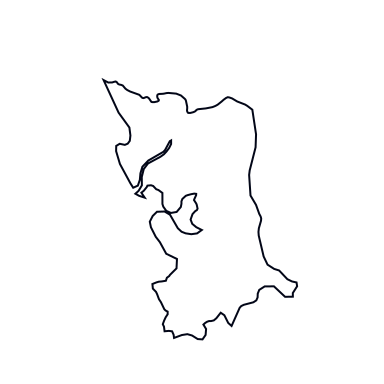 an SVG outline of Bouches-du-Rhône, rotated 60°
{"feature_id": "FRA-5274", "entity_name": "Bouches-du-Rhône", "entity_type": "Metropolitan department", "adm_level": 1, "iso_a3": "FRA", "parent_name": "France", "parent_adm1": "", "projection": "orthographic", "projection_center": [4.982, 43.547], "detail": "fine", "context": "isolated", "style": "outline", "palette": "ink", "viewbox_px": 384, "rotation_deg": 60, "n_neighbors": 0, "source": "natural_earth", "source_scale": "10m", "svg_char_len": 3105}
<svg xmlns="http://www.w3.org/2000/svg" viewBox="0 0 384 384"><g transform="rotate(60 192 192)"><path d="M309.4,280.5L306.4,279.3L302.7,278.9L300.7,281.5L298.9,285.4L294.6,283.6L291.9,283.4L289.4,280.4L287.3,277.4L285.7,274.2L283.4,272.9L281.5,274.1L279.7,274.6L271.9,274.0L268.3,274.2L263.0,273.3L260.5,273.1L256.1,274.2L251.9,272.3L252.5,268.0L253.1,265.5L254.3,263.0L255.8,259.0L253.7,256.6L253.4,253.8L252.7,252.4L250.4,243.6L242.5,238.5L232.6,245.2L219.4,244.9L212.7,245.8L202.0,245.2L196.6,243.4L193.1,238.0L191.6,232.2L195.2,225.5L200.7,222.4L216.3,222.4L221.2,220.9L224.6,218.2L228.2,213.7L230.4,208.3L229.8,202.5L224.6,205.9L219.7,207.7L215.2,207.0L211.4,202.6L210.2,198.8L210.1,196.8L209.2,195.5L205.5,194.3L204.2,194.1L200.0,194.3L199.3,193.5L196.8,190.0L195.7,189.3L194.5,190.9L193.4,194.1L192.5,197.5L192.2,199.3L193.2,203.8L194.8,205.8L196.9,207.0L199.4,209.2L201.6,215.3L199.6,220.7L195.5,223.7L190.3,224.2L187.6,223.6L178.0,218.1L173.5,220.1L171.7,221.6L167.4,222.6L165.7,224.1L164.2,227.4L165.1,228.7L166.8,233.1L167.3,236.2L173.2,235.8L168.9,239.7L165.2,241.9L164.3,237.7L161.2,232.1L153.9,228.0L148.0,222.3L145.3,215.9L145.7,201.7L145.3,197.5L144.2,193.9L142.4,189.7L140.0,186.1L136.9,184.3L136.9,185.8L142.1,194.2L142.9,196.7L142.9,214.1L145.3,222.3L150.0,227.3L155.4,231.1L159.4,235.7L158.9,240.8L153.8,241.0L131.7,240.4L118.7,237.3L114.2,234.6L114.1,230.5L117.6,226.6L118.0,223.5L116.6,220.3L112.3,217.1L104.9,214.0L86.6,215.9L50.9,212.6L55.3,209.8L57.2,206.4L57.7,204.1L58.1,203.0L58.1,202.9L58.3,202.7L58.7,202.6L59.6,202.1L61.1,202.1L62.5,201.3L63.8,199.8L65.2,198.7L69.2,198.0L71.3,197.1L74.1,195.3L81.3,189.2L82.0,188.9L85.3,188.1L86.0,187.6L86.5,186.9L86.7,185.3L86.9,184.2L87.5,183.3L88.8,182.6L89.9,182.4L92.8,182.2L93.7,182.1L94.5,181.2L95.3,179.8L96.3,176.7L96.3,175.3L95.8,174.7L94.0,174.8L93.1,174.8L92.2,174.5L91.4,174.1L90.8,173.6L90.5,173.0L90.5,172.2L90.8,171.2L92.4,168.1L92.9,166.8L93.6,164.6L94.4,162.9L98.9,156.5L102.9,153.3L107.6,151.7L108.4,151.5L109.3,151.5L110.2,151.7L115.7,153.5L117.1,154.3L118.5,155.3L119.2,155.7L120.1,155.9L120.8,155.9L121.3,155.9L122.0,155.2L122.7,153.9L123.5,151.1L123.7,149.5L123.6,148.3L123.3,147.6L123.2,146.8L123.2,146.0L123.5,145.0L126.5,138.3L128.7,131.9L129.1,129.3L129.2,127.7L129.2,126.0L128.4,120.7L128.2,119.9L127.9,118.3L127.6,115.5L127.8,113.6L128.9,112.3L131.0,110.5L136.2,107.6L142.8,102.3L145.0,101.1L150.9,98.6L174.1,107.7L185.1,114.6L202.1,131.2L205.8,134.0L224.3,143.1L235.2,143.0L244.6,144.7L247.5,144.8L249.5,145.3L251.4,146.6L256.8,152.2L259.8,154.4L263.1,156.0L283.7,162.2L292.7,162.9L299.7,159.3L303.5,155.8L315.2,153.0L319.5,150.1L322.6,146.7L326.2,148.1L329.9,155.2L333.1,157.0L329.3,163.8L314.7,168.2L310.1,176.2L310.4,182.7L312.9,185.9L316.1,187.9L318.0,190.5L318.2,194.0L315.6,203.5L315.4,206.4L316.1,208.6L327.8,224.7L323.5,226.1L314.9,225.6L310.9,227.5L313.5,234.0L314.1,237.3L313.3,240.0L312.3,241.7L311.9,243.8L312.0,246.0L312.5,248.4L317.7,248.3L322.6,251.7L324.9,256.6L322.2,260.6L316.3,263.7L312.8,267.1L310.8,272.3L309.4,280.5L309.4,280.5Z" fill="none" stroke="#020617" stroke-width="2"/></g></svg>